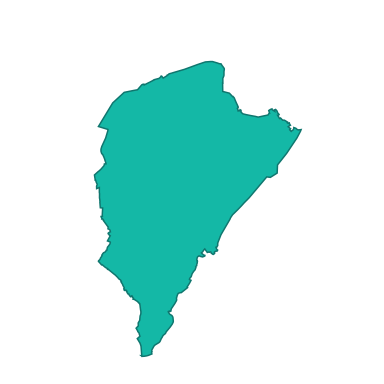 the district of Aalten, Gelderland, Netherlands, rotated 330°
{"feature_id": "6326949B6406677734864", "entity_name": "Aalten", "entity_type": "district", "adm_level": 2, "iso_a3": "NLD", "parent_name": "Netherlands", "parent_adm1": "Gelderland", "projection": "mercator", "projection_center": [6.543, 51.914], "detail": "fine", "context": "isolated", "style": "filled", "palette": "teal", "viewbox_px": 384, "rotation_deg": 330, "n_neighbors": 0, "source": "geoboundaries", "source_scale": "gbopen_adm2", "svg_char_len": 5804}
<svg xmlns="http://www.w3.org/2000/svg" viewBox="0 0 384 384"><g transform="rotate(330 192 192)"><path d="M66.4,309.3L68.4,310.3L70.7,311.2L72.6,311.7L76.3,312.2L76.8,310.6L77.4,310.4L77.3,310.2L77.4,309.9L78.1,308.9L78.7,308.4L79.8,307.8L80.2,307.5L82.1,306.4L83.6,306.0L88.1,305.9L89.0,305.7L89.8,305.3L92.1,303.6L93.5,302.9L95.0,301.9L95.6,301.7L98.1,301.3L99.0,300.8L99.5,300.3L105.7,298.0L108.7,296.6L110.5,295.4L111.2,294.6L112.7,291.3L112.9,290.5L112.9,289.5L112.7,288.6L111.6,286.7L111.5,286.2L111.5,284.0L111.6,283.7L111.9,283.6L112.4,284.3L113.3,283.9L113.6,284.0L113.8,284.1L113.9,284.7L114.0,284.7L115.7,282.8L121.4,280.0L124.4,278.2L125.1,277.2L125.2,276.8L125.5,276.0L126.1,275.6L127.6,274.1L129.2,273.0L129.5,272.9L131.1,273.2L132.4,273.8L140.4,272.6L140.4,272.4L140.3,271.8L144.0,269.9L147.0,268.0L146.1,266.7L146.1,266.3L146.3,266.1L147.1,265.5L147.8,265.4L149.1,264.8L151.3,262.8L153.7,261.6L155.8,260.9L156.8,260.0L157.5,259.5L157.7,259.3L157.8,258.6L158.3,258.3L159.2,258.2L160.3,256.6L161.1,256.1L161.3,255.8L161.4,255.3L161.9,254.7L162.1,254.7L162.3,254.1L162.0,254.0L162.2,253.3L162.4,252.8L163.7,251.5L164.5,250.9L165.9,250.8L166.4,251.1L167.6,252.6L168.3,253.1L168.6,253.5L170.2,253.8L171.2,253.8L171.5,253.3L170.8,252.6L170.4,251.9L170.2,251.1L169.7,249.9L169.7,249.4L171.4,249.1L171.8,248.9L172.1,248.6L172.8,248.4L173.5,248.0L174.6,247.7L175.0,252.0L176.3,252.3L177.0,252.9L177.9,253.0L178.2,253.2L178.3,253.3L178.3,253.8L178.1,254.4L178.1,254.8L178.5,255.4L178.9,256.4L179.2,256.7L180.5,256.6L180.9,256.4L181.1,256.3L181.2,256.0L181.1,255.5L181.2,255.3L182.5,255.0L184.0,255.6L184.4,255.7L184.7,255.6L185.2,255.0L184.8,254.4L184.8,254.2L184.8,253.2L185.2,252.6L185.0,252.0L185.2,251.8L185.5,252.0L186.2,252.0L186.5,251.6L187.1,251.5L187.4,251.3L187.8,250.8L188.3,249.7L188.7,249.3L188.7,249.1L195.7,243.5L211.2,234.6L212.5,233.6L215.7,232.0L222.7,230.2L227.9,228.7L231.6,227.5L238.5,225.6L264.3,216.3L267.2,218.5L275.2,218.2L279.6,211.3L293.2,205.9L307.8,198.7L309.5,197.9L314.0,195.1L316.5,193.5L317.7,192.5L315.7,191.7L315.3,191.5L314.3,190.4L313.8,188.7L312.4,187.1L312.0,187.8L310.6,188.8L308.9,188.9L308.2,189.1L307.9,187.7L307.7,186.9L309.0,186.5L307.9,183.6L309.7,183.3L310.6,183.4L310.5,182.1L310.8,180.7L310.5,180.6L309.9,180.7L309.1,179.8L309.1,179.6L309.7,179.2L308.1,176.3L307.7,175.8L306.5,175.2L306.2,174.4L305.7,172.2L304.8,172.3L304.8,172.0L304.5,171.7L304.6,170.7L304.5,168.3L305.4,168.7L306.1,168.6L306.1,167.6L306.0,167.1L305.7,166.7L306.0,165.1L306.1,164.1L305.7,162.3L304.4,162.1L304.0,163.5L302.6,160.9L302.6,160.5L302.8,160.0L301.2,159.7L299.2,159.8L298.6,162.3L298.5,162.2L296.3,163.3L286.7,160.2L284.9,158.4L281.0,155.1L277.5,152.0L275.2,149.8L274.4,147.5L275.3,145.7L274.9,145.0L274.4,145.8L273.3,145.2L273.5,144.9L272.5,144.8L272.9,143.5L273.0,142.9L273.3,142.5L273.1,142.3L273.2,142.2L274.2,142.0L274.3,141.0L274.6,141.0L275.0,136.6L275.3,134.1L275.6,132.0L275.6,131.3L275.4,130.4L275.3,130.5L275.0,130.1L273.8,125.1L268.9,120.3L273.0,112.9L273.2,113.1L275.5,109.0L277.6,107.4L278.1,106.8L279.9,103.7L281.4,101.8L281.7,100.9L281.5,99.8L281.5,98.8L281.3,97.9L281.2,95.5L280.9,95.4L279.6,94.3L278.9,93.5L278.9,93.4L274.9,89.2L272.9,88.1L268.5,86.0L260.6,84.4L246.8,82.0L231.2,78.2L230.1,78.5L229.1,78.4L229.1,78.6L228.0,78.8L224.0,78.9L223.7,76.7L223.3,76.6L223.2,76.2L221.7,76.9L220.2,77.1L215.3,75.8L215.2,75.8L215.3,76.0L204.5,75.4L204.8,75.1L204.2,74.6L203.5,74.2L202.5,74.1L202.0,74.1L195.9,76.2L191.4,74.6L183.1,71.8L167.9,75.2L143.7,88.5L150.5,95.8L149.8,96.8L147.8,98.7L144.2,102.1L136.6,107.5L134.6,109.4L133.6,111.1L133.1,113.0L133.1,114.1L133.4,114.8L133.1,118.1L132.7,120.3L132.6,120.9L132.5,121.3L132.4,121.3L132.0,123.5L131.6,124.6L130.8,124.2L130.1,123.9L129.3,125.0L128.7,125.3L124.3,126.8L121.4,127.4L121.0,127.4L116.0,128.5L114.6,132.2L114.2,133.0L114.5,133.0L114.5,133.4L113.9,135.9L113.8,137.8L113.7,138.0L112.3,139.2L111.1,141.4L114.0,141.8L111.5,146.1L111.1,147.2L108.9,150.9L108.7,151.5L108.5,152.1L107.4,154.5L107.1,154.8L104.7,159.8L106.6,161.2L102.8,167.0L102.3,168.2L101.0,167.7L100.8,168.5L100.8,169.7L100.5,170.2L100.4,170.3L100.7,170.5L101.1,170.6L101.3,171.6L101.3,172.4L101.0,172.4L101.8,179.9L102.0,180.2L100.8,181.9L101.3,182.5L101.7,183.3L101.9,183.9L101.9,184.3L101.4,185.7L101.0,185.5L99.7,185.6L98.9,185.7L98.7,185.9L98.5,186.2L98.5,186.3L98.9,186.9L98.8,187.1L98.9,187.8L98.8,188.1L99.3,189.0L94.3,192.1L96.2,194.5L96.1,194.8L95.2,195.8L93.2,196.8L91.3,197.5L90.5,198.2L89.2,199.8L88.5,199.6L88.1,200.0L86.9,200.5L84.9,200.4L84.6,200.6L84.0,200.7L83.4,201.1L82.8,201.3L82.3,201.7L82.3,202.1L81.5,202.6L79.6,203.5L79.0,204.1L78.3,204.5L77.2,204.7L76.6,204.9L76.2,205.5L76.5,206.1L77.2,209.7L77.4,210.1L77.9,210.1L79.0,213.3L79.6,214.6L80.7,216.3L80.2,216.7L81.1,217.9L83.8,225.1L84.1,225.5L84.5,227.4L84.9,228.6L85.1,230.1L85.2,230.3L85.4,231.3L86.1,232.2L86.1,233.7L86.0,234.2L86.0,234.3L85.6,234.3L85.7,237.2L85.5,238.2L85.4,239.8L85.5,241.0L84.9,241.5L84.5,241.7L84.4,242.1L84.5,242.3L84.9,242.8L84.9,243.3L84.4,243.5L84.9,244.0L85.5,244.0L85.9,244.2L86.0,245.4L85.8,245.4L85.7,245.6L85.5,246.7L85.6,248.1L85.8,248.1L85.8,248.5L86.3,248.9L86.1,249.5L86.1,249.8L86.3,251.6L86.6,252.2L87.3,252.1L87.8,251.8L88.0,251.8L88.0,252.3L88.2,252.6L87.9,253.2L87.9,253.9L88.1,254.3L88.2,254.7L87.3,255.3L87.4,255.5L87.9,255.6L88.3,256.2L89.5,258.5L90.2,259.9L90.2,260.7L90.4,260.8L90.8,262.3L90.6,262.3L90.7,262.7L90.5,263.7L88.7,267.9L87.9,270.1L87.0,271.6L86.3,272.4L85.0,273.5L82.7,276.8L82.2,277.2L79.9,278.5L78.7,280.8L78.5,281.1L75.5,282.0L75.5,284.6L75.4,285.5L75.3,285.8L75.6,287.8L75.4,288.5L75.1,289.3L74.9,289.6L74.7,289.6L75.0,289.7L74.8,290.9L71.3,291.6L71.4,296.7L71.3,297.4L70.9,299.5L70.5,300.6L66.6,308.7L66.3,308.5L66.5,309.0L66.4,309.3Z" fill="#14b8a6" stroke="#0f766e" stroke-width="1.5"/></g></svg>